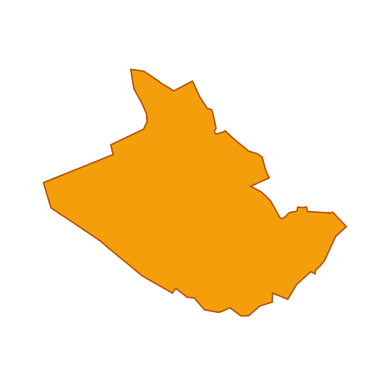 Baqim, Sa`dah, Yemen, rotated 167°
{"feature_id": "15242507B7322189246473", "entity_name": "Baqim", "entity_type": "district", "adm_level": 2, "iso_a3": "YEM", "parent_name": "Yemen", "parent_adm1": "Sa`dah", "projection": "natural_earth1", "projection_center": [43.404, 17.39], "detail": "fine", "context": "isolated", "style": "filled", "palette": "amber", "viewbox_px": 384, "rotation_deg": 167, "n_neighbors": 0, "source": "geoboundaries", "source_scale": "gbopen_adm2", "svg_char_len": 1809}
<svg xmlns="http://www.w3.org/2000/svg" viewBox="0 0 384 384"><g transform="rotate(167 192 192)"><path d="M166.7,300.0L187.1,294.6L191.6,299.2L196.7,304.0L200.4,308.5L200.5,308.5L206.1,314.5L211.8,320.5L212.3,320.7L224.1,325.3L225.4,305.9L220.7,289.0L218.7,278.3L220.0,270.4L225.1,264.1L260.5,256.2L260.4,246.2L334.6,234.6L333.0,208.7L333.0,208.3L325.1,199.9L315.4,189.7L308.7,182.5L299.5,172.6L292.3,164.8L285.2,155.1L278.2,146.0L272.2,138.3L265.9,130.0L259.3,121.4L253.5,116.0L239.9,103.5L233.9,97.9L229.5,101.8L220.4,90.5L213.6,88.3L206.5,74.5L199.8,71.6L193.5,68.9L190.2,68.8L181.2,70.8L172.1,60.2L164.6,58.7L151.5,65.7L138.7,66.7L138.2,68.4L137.4,71.1L136.3,75.1L136.2,75.3L122.8,65.9L119.8,69.1L110.7,78.5L94.1,87.7L90.6,84.5L89.3,87.8L83.8,91.2L78.1,95.6L62.1,116.4L49.4,123.5L59.5,140.7L60.8,140.6L63.6,140.3L63.6,141.2L64.1,141.2L65.4,141.4L75.5,144.5L78.5,145.4L79.0,145.6L81.6,146.3L83.8,146.8L83.8,151.7L87.3,151.8L88.2,152.1L91.1,153.2L92.1,153.4L92.6,153.3L93.0,152.6L93.4,150.5L94.1,149.8L96.2,149.6L99.0,150.0L99.8,150.1L101.5,149.8L103.3,149.3L104.5,148.4L106.1,147.3L108.3,146.2L109.4,145.9L110.9,146.2L111.9,146.9L112.4,148.2L117.2,165.0L120.3,170.5L125.0,177.0L130.5,181.7L133.5,184.4L113.6,188.4L114.4,192.1L114.8,193.7L115.1,194.9L115.6,201.5L115.6,203.7L115.6,204.1L115.7,205.8L115.7,210.1L118.0,212.8L118.6,213.5L119.6,214.5L127.2,218.8L127.3,218.8L128.1,219.8L129.5,221.7L131.5,224.2L131.8,224.6L133.1,226.3L134.2,227.7L136.0,230.0L139.5,234.6L141.3,237.2L145.7,243.9L146.1,244.2L147.2,243.6L153.1,243.0L154.8,243.0L155.9,243.6L156.6,244.9L156.2,246.7L155.9,247.3L154.8,247.8L154.2,249.1L154.0,264.5L154.2,266.2L154.5,267.7L155.2,268.4L158.3,269.8L159.9,274.2L160.5,275.7L163.1,283.0L166.1,297.8L166.6,299.9L166.7,300.0Z" fill="#f59e0b" stroke="#b45309" stroke-width="1.5"/></g></svg>